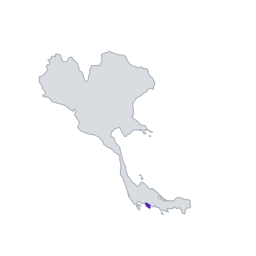 Ko Lanta, Krabi, Thailand shown in context, rotated 324°
{"feature_id": "78962969B16427813486063", "entity_name": "Ko Lanta", "entity_type": "district", "adm_level": 2, "iso_a3": "THA", "parent_name": "Thailand", "parent_adm1": "Krabi", "projection": "robinson", "projection_center": [99.092, 7.662], "detail": "fine", "context": "in_parent", "style": "filled", "palette": "violet", "viewbox_px": 256, "rotation_deg": 324, "n_neighbors": 0, "source": "geoboundaries", "source_scale": "gbopen_adm2", "svg_char_len": 5115}
<svg xmlns="http://www.w3.org/2000/svg" viewBox="0 0 256 256"><g transform="rotate(324 128 128)"><path d="M111.0,26.7L111.2,27.7L112.2,26.4L113.4,25.7L115.8,28.6L116.1,29.9L114.4,34.5L114.6,36.1L115.8,37.3L117.1,38.1L118.6,37.9L121.2,36.5L124.2,37.4L124.0,40.5L125.1,45.3L123.7,50.3L122.3,52.8L123.4,54.9L123.4,56.9L120.6,64.7L121.2,65.3L123.0,66.1L123.8,65.9L126.7,62.8L130.0,60.5L131.1,58.4L133.2,57.8L135.0,56.0L139.4,59.1L140.5,59.4L141.0,59.9L141.3,61.2L141.8,61.4L143.6,59.7L146.5,58.5L147.7,55.8L149.1,55.0L148.9,53.7L149.4,53.2L151.8,53.1L155.5,54.5L156.8,54.8L157.4,54.5L163.2,63.1L167.0,66.4L168.0,68.6L167.1,74.4L167.2,77.7L168.1,80.2L169.7,82.0L170.9,84.5L175.3,86.9L174.9,87.5L175.2,89.1L177.9,90.9L178.2,91.5L177.9,93.8L176.6,95.6L176.4,97.1L176.4,98.8L177.1,101.6L176.3,107.2L174.7,108.7L172.6,109.9L171.4,111.4L170.5,111.0L170.1,109.4L167.8,108.6L163.3,109.4L161.1,109.0L158.1,109.5L155.2,109.3L153.5,108.7L148.6,109.9L146.5,111.0L145.1,112.6L142.9,116.7L140.7,119.3L140.7,120.3L137.9,120.9L138.1,124.4L139.7,128.2L140.2,133.0L143.3,136.4L142.7,138.8L143.1,141.1L145.5,146.4L143.7,143.9L143.4,142.2L141.3,139.5L140.7,140.8L138.3,138.8L137.2,136.8L136.9,137.7L134.5,134.9L132.1,133.4L130.7,132.7L127.3,133.7L123.0,133.0L121.3,133.7L120.6,133.2L120.2,132.4L121.4,122.4L117.7,121.2L117.0,120.5L116.2,121.3L112.5,121.7L109.9,123.5L109.6,125.0L110.8,127.8L109.2,132.7L109.8,137.4L109.6,140.0L107.7,143.2L107.2,145.8L105.2,149.8L103.8,154.8L103.4,157.8L101.0,162.2L100.4,164.7L99.5,165.7L99.9,167.7L99.5,173.8L101.0,178.3L100.6,180.3L102.3,181.1L106.3,179.7L107.7,180.0L108.6,182.5L109.6,189.7L111.3,192.0L111.7,190.9L112.5,192.0L113.1,194.2L115.3,205.7L116.4,208.7L115.1,207.9L114.4,204.3L113.2,204.2L113.6,201.9L112.9,201.1L111.7,201.7L111.7,203.5L114.9,209.2L116.9,209.4L119.4,211.9L122.2,213.8L125.7,213.1L128.1,213.7L129.5,215.3L131.8,219.1L135.5,222.4L134.9,224.4L133.5,226.0L132.7,228.2L131.7,228.8L130.3,228.8L128.8,227.0L125.2,228.7L124.3,230.3L123.4,230.8L121.8,228.9L121.9,227.9L122.9,226.3L122.7,222.4L120.5,222.3L119.0,219.3L118.5,219.1L117.5,219.5L114.0,218.1L112.9,216.2L111.9,216.4L111.2,219.6L108.1,215.3L106.0,213.6L106.3,210.4L104.9,209.7L104.3,208.8L104.8,206.9L102.8,207.2L101.9,206.7L100.7,203.2L99.7,201.9L98.4,201.9L98.0,201.2L98.1,199.5L94.9,197.1L93.9,194.4L92.3,193.1L91.4,193.5L90.4,195.5L89.7,195.3L89.0,194.8L88.2,192.1L88.2,187.3L89.2,184.5L89.8,180.0L91.3,176.2L94.4,165.3L94.5,160.9L99.8,154.8L103.3,147.7L104.5,146.7L105.0,145.4L103.1,139.7L102.3,135.7L102.4,134.7L100.2,132.0L99.6,129.0L99.0,128.0L98.8,127.0L99.6,125.2L99.2,118.5L96.7,113.8L92.3,109.5L88.3,103.2L87.8,101.0L87.7,97.8L90.8,95.7L92.1,95.5L92.6,86.0L95.3,84.2L95.9,83.4L96.1,81.8L95.5,80.9L93.7,82.5L93.4,82.1L91.2,76.5L90.7,73.2L81.8,61.7L82.3,59.8L81.0,54.9L79.6,54.8L78.8,53.9L77.8,51.7L79.6,52.0L82.3,50.7L81.9,46.0L83.1,43.2L83.2,38.6L85.3,35.9L85.6,34.6L86.8,34.4L88.3,35.4L89.9,35.4L96.5,34.3L97.4,33.0L97.8,30.5L98.4,29.7L99.9,29.5L101.6,30.0L103.4,29.0L103.0,26.1L106.2,26.6L108.2,25.2L111.0,26.7ZM90.6,196.7L90.1,200.3L88.9,201.0L88.5,199.0L89.2,195.6L89.5,196.4L90.6,196.7ZM110.6,175.9L110.4,177.6L109.3,178.2L109.0,176.2L110.6,175.9ZM138.0,140.4L139.3,142.8L137.8,142.6L137.5,140.2L138.0,140.4ZM105.6,218.5L104.9,217.4L105.5,215.8L106.1,217.8L105.6,218.5ZM92.6,197.1L92.3,199.1L91.7,196.4L92.6,197.1ZM110.6,174.3L110.0,174.1L109.5,173.0L110.2,173.0L110.6,174.3ZM98.0,203.0L98.8,205.3L98.0,204.2L98.0,203.0ZM141.5,146.8L141.3,148.3L140.6,147.7L141.0,146.6L141.5,146.8ZM89.1,182.9L88.3,183.5L88.9,182.1L89.1,182.9Z" fill="#d9dde1" stroke="#a8b0b8" stroke-width="1"/><path d="M98.3,200.0L98.2,200.0L97.9,200.3L97.7,200.4L97.7,200.5L97.8,200.5L97.9,200.8L97.8,201.0L97.7,201.2L97.8,201.6L98.0,202.1L98.3,202.1L98.5,202.2L98.8,202.0L98.8,201.9L98.8,201.7L98.9,201.4L99.1,201.3L99.2,201.1L99.1,200.8L99.1,200.6L99.0,200.4L98.9,200.4L98.7,200.4L98.7,200.2L98.4,200.1L98.3,200.0ZM98.4,202.3L98.2,202.3L98.0,202.5L97.9,202.8L97.7,202.8L97.8,202.9L97.7,202.9L97.8,202.9L97.9,203.1L97.9,203.4L97.9,203.5L97.9,204.0L98.0,204.2L98.1,204.5L98.2,204.8L98.3,204.8L98.4,205.0L98.5,205.0L98.6,205.3L98.8,205.2L98.8,204.9L98.8,204.7L98.7,204.7L98.6,204.4L98.5,204.2L98.4,204.0L98.4,203.9L98.5,203.6L98.8,203.5L99.0,203.7L99.0,203.4L98.9,203.3L99.0,203.2L98.9,203.2L99.0,203.2L98.9,203.2L99.0,203.1L98.9,203.1L99.0,203.1L99.1,202.9L99.1,202.7L98.9,202.4L98.7,202.4L98.4,202.3L98.4,202.3ZM99.2,202.9L99.2,203.0L99.3,203.2L99.3,203.3L99.3,203.2L99.2,202.9ZM99.0,204.3L98.9,204.3L99.0,204.4L99.1,204.5L99.2,204.4L99.0,204.3ZM98.9,202.2L99.0,202.1L98.9,202.0L98.9,201.9L98.9,202.0L98.9,202.2ZM99.3,203.6L99.2,203.6L99.3,203.7L99.3,203.6ZM97.8,200.2L97.7,200.2L97.7,200.3L97.8,200.3L97.8,200.2ZM99.4,203.3L99.3,203.2L99.3,203.3L99.4,203.3ZM98.2,200.0L98.2,199.9L98.1,200.0L98.2,200.0ZM99.1,201.5L99.0,201.4L99.0,201.5L99.1,201.5ZM99.0,205.0L99.0,204.9L98.9,204.9L98.9,205.0L99.0,205.0ZM99.3,204.1L99.2,204.0L99.3,204.1ZM97.7,200.4L97.8,200.4L97.7,200.3L97.7,200.4ZM98.9,202.3L98.9,202.2L98.9,202.3L98.9,202.3ZM98.7,202.3L98.8,202.3L98.7,202.2L98.7,202.3Z" fill="#8b5cf6" stroke="#5b21b6" stroke-width="1.5"/></g></svg>